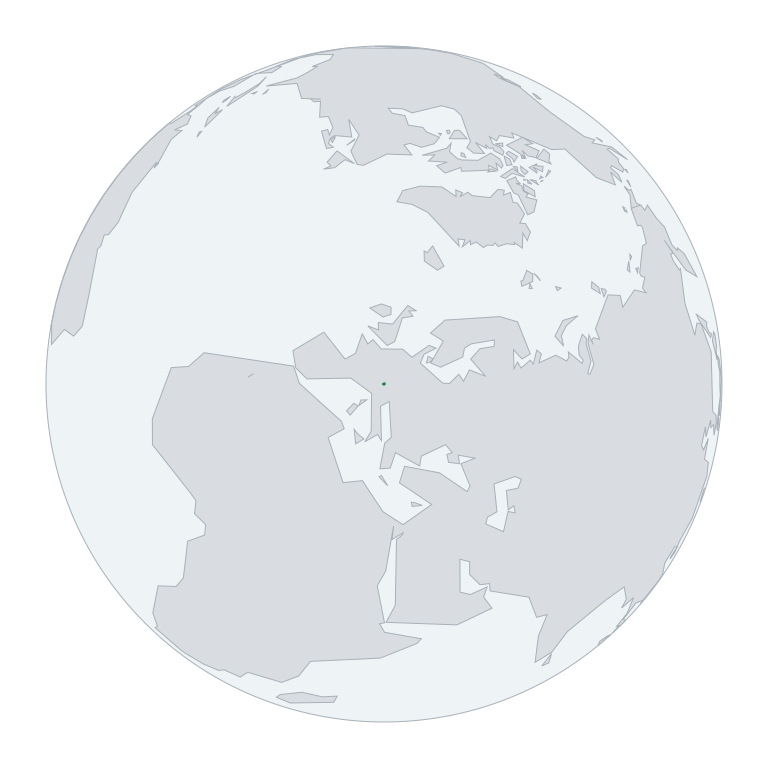 Glarus on an orthographic globe, rotated 51°
{"feature_id": "CHE-169", "entity_name": "Glarus", "entity_type": "Canton", "adm_level": 1, "iso_a3": "CHE", "parent_name": "Switzerland", "parent_adm1": "", "projection": "orthographic", "projection_center": [9.033, 46.988], "detail": "fine", "context": "on_globe", "style": "filled", "palette": "green", "viewbox_px": 768, "rotation_deg": 51, "n_neighbors": 0, "source": "natural_earth", "source_scale": "10m", "svg_char_len": 10908}
<svg xmlns="http://www.w3.org/2000/svg" viewBox="0 0 768 768"><g transform="rotate(51 384 384)"><circle cx="384" cy="384" r="338" fill="#eef3f6" stroke="#a8b0b8"/><path d="M98.3,203.5L101.8,198.3L145.4,145.7L115.6,178.7L134.7,155.9L136.3,154.2L135.6,155.0L155.8,135.6L169.9,123.3L196.9,105.3L221.2,98.3L212.0,103.4L218.9,101.8L230.8,95.7L237.0,92.1L276.9,83.9L317.5,72.7L326.9,66.5L327.6,70.5L343.0,58.0L362.8,53.6L342.5,60.5L342.0,62.8L356.5,60.2L359.2,62.1L367.7,62.3L369.6,65.1L357.6,69.7L358.5,71.9L368.7,70.0L377.1,72.3L361.9,74.5L374.9,78.9L357.2,89.1L315.2,95.6L307.3,106.2L269.2,126.7L274.6,128.2L263.6,137.9L265.8,143.5L258.1,146.4L266.5,148.4L273.1,144.8L279.0,144.6L280.9,147.8L271.4,151.8L269.1,150.8L267.3,153.7L261.7,154.5L265.6,155.9L253.9,160.9L268.1,160.8L261.1,168.9L252.6,170.9L250.0,164.3L224.0,155.0L214.7,156.3L204.0,164.1L190.9,191.6L182.0,196.2L172.3,207.2L178.8,207.2L188.6,198.8L198.2,202.2L209.1,192.3L214.6,192.5L227.2,185.6L228.9,193.8L223.7,205.9L213.4,212.3L210.8,218.0L223.5,218.2L207.1,237.1L201.2,262.2L196.5,266.7L182.2,263.2L174.8,246.6L156.2,244.9L171.8,253.6L159.9,266.0L159.4,271.6L162.2,275.8L168.1,274.3L164.8,280.5L148.1,273.4L150.8,267.6L156.1,269.7L152.5,262.3L141.2,258.9L136.1,266.1L124.4,255.5L120.6,260.7L115.9,261.8L122.8,253.9L110.2,268.3L95.7,262.4L78.3,288.1L91.5,258.7L93.8,247.2L95.1,236.1L92.1,240.0L97.9,221.9L96.1,216.0L85.2,229.6L75.0,249.3L69.5,267.1L72.7,264.1L71.5,275.0L62.1,288.0L58.3,313.1L52.8,327.6L50.3,342.7L50.9,351.4L50.8,367.0L54.2,365.3L58.3,373.0L54.7,387.0L59.8,381.6L60.0,395.5L70.2,420.5L68.5,421.7L76.5,459.3L91.1,489.0L94.5,504.2L92.1,507.6L98.5,517.1L98.7,521.3L129.2,557.4L149.2,582.1L151.5,595.1L140.5,598.1L144.0,617.5L127.8,604.1L130.1,607.0L115.0,588.5L101.2,568.9L88.8,548.4L77.9,527.1L68.5,505.0L60.7,482.4L54.6,459.2L50.1,435.7L47.2,411.9L46.1,388.0L47.6,385.0L50.0,362.5L50.3,354.2L48.8,355.4L52.3,324.3L57.3,303.7L80.9,234.7L98.3,203.5ZM73.2,294.9L69.3,331.5L66.7,318.7L68.0,319.3L70.0,308.2L72.1,292.0L71.2,282.0L73.2,294.9ZM82.3,293.0L82.5,287.8L82.9,291.9L82.3,293.0ZM239.3,90.4L230.8,95.5L219.1,100.6L225.8,96.1L239.3,90.4ZM262.0,82.6L258.8,85.0L251.4,85.5L255.5,83.9L262.0,82.6ZM333.0,62.1L325.6,64.0L331.9,61.6L333.0,62.1ZM368.6,61.9L369.8,60.8L373.7,61.4L368.6,61.9ZM225.5,181.7L226.3,183.6L223.5,183.8L225.5,181.7ZM230.1,177.0L226.3,175.9L227.9,173.6L230.3,174.3L230.1,177.0ZM380.1,66.4L386.0,68.1L378.0,67.1L380.1,66.4ZM234.4,178.9L231.3,169.6L234.3,165.6L245.7,165.1L234.4,178.9ZM388.0,69.5L402.4,74.1L406.4,71.9L403.0,81.3L392.0,73.9L381.4,72.9L387.8,71.7L388.0,69.5ZM274.4,142.3L267.4,146.3L271.5,140.2L274.4,142.3ZM275.5,138.5L279.5,121.1L290.8,117.2L287.1,123.6L300.3,116.7L303.8,123.3L297.4,128.6L289.4,129.6L296.8,131.4L275.5,138.5ZM398.9,86.0L400.5,88.1L396.5,86.9L398.9,86.0ZM281.7,144.1L281.5,140.7L291.2,137.0L293.3,143.2L289.5,142.3L281.7,144.1ZM302.0,111.9L309.6,110.6L314.5,115.4L318.1,115.7L304.8,123.2L302.0,111.9ZM288.3,144.8L294.2,146.5L291.3,151.2L282.5,147.2L288.3,144.8ZM292.8,133.6L297.5,132.2L295.6,134.9L292.8,133.6ZM284.6,169.8L284.1,165.3L289.1,162.9L284.6,169.8ZM296.6,146.8L297.5,145.2L299.5,143.9L302.7,146.0L296.6,146.8ZM309.2,126.3L309.7,128.7L314.9,123.4L318.8,127.2L309.2,131.7L315.0,131.3L316.2,132.5L307.0,134.9L309.2,126.3ZM311.7,144.3L300.9,151.9L300.6,160.4L296.1,162.7L297.4,148.7L311.7,144.3ZM309.8,138.5L310.0,142.6L304.3,143.1L300.7,140.7L309.8,138.5ZM324.9,128.3L321.4,121.3L323.6,120.6L324.9,128.3ZM312.8,146.6L315.4,144.8L313.4,147.2L312.8,146.6ZM322.5,133.7L320.9,131.2L323.5,130.5L322.5,133.7ZM321.9,143.3L318.3,145.7L315.8,144.0L321.9,143.3ZM323.0,138.8L326.9,138.5L316.9,142.0L321.9,137.8L323.0,138.8ZM325.1,133.4L326.2,132.2L325.4,134.6L325.1,133.4ZM333.7,148.7L321.7,153.6L316.0,149.7L328.4,145.4L333.7,148.7ZM721.2,361.9L721.2,362.7L719.7,353.5L718.8,355.7L715.2,339.4L707.1,324.6L707.6,340.4L703.9,331.2L692.8,325.0L691.5,347.6L691.8,397.1L698.0,422.4L695.4,441.7L677.2,422.8L665.9,402.4L661.3,412.2L640.9,405.5L611.5,431.8L605.6,427.5L600.4,435.7L585.8,437.3L576.0,429.3L568.0,435.3L593.6,455.9L602.0,449.3L606.6,431.5L612.3,440.7L626.2,441.1L617.1,478.9L570.5,532.4L563.1,514.5L512.8,472.2L512.8,464.7L512.4,464.0L511.6,462.7L510.0,475.6L500.4,466.0L530.3,500.2L536.6,516.3L569.9,533.9L567.5,538.4L577.4,539.8L605.5,515.3L606.3,521.9L594.7,559.3L553.3,615.7L557.2,634.1L551.5,651.3L522.2,671.4L521.3,680.2L505.6,688.1L502.3,692.9L487.8,700.6L464.8,709.0L429.4,715.2L429.9,712.6L416.4,707.7L398.7,686.6L410.5,673.0L408.5,662.0L382.6,635.5L388.5,618.4L380.9,611.0L365.6,612.9L356.4,603.6L346.9,603.0L285.4,602.1L265.2,585.9L237.4,539.0L247.4,524.9L246.5,504.1L313.2,443.0L330.3,449.4L386.2,440.6L393.7,443.1L390.4,461.1L434.9,477.9L445.5,461.6L482.6,465.2L505.3,457.8L507.6,422.8L470.5,434.2L460.9,419.8L488.0,396.8L520.0,387.1L517.3,381.3L494.4,374.4L499.0,359.8L486.1,371.0L493.4,375.6L485.5,383.1L478.4,379.5L480.3,374.2L469.9,374.3L463.5,400.4L470.2,407.9L444.6,418.3L453.3,432.1L447.3,440.6L430.4,420.6L430.0,411.9L400.9,390.9L399.1,400.7L426.4,421.6L419.1,420.8L416.8,435.4L412.7,423.7L383.4,399.5L358.5,406.1L331.5,440.7L315.9,442.4L300.8,433.8L305.9,398.1L340.1,398.6L342.3,387.0L331.4,369.4L342.7,371.4L342.5,364.6L355.0,364.1L368.7,347.6L380.8,345.5L382.4,324.6L388.9,321.0L386.1,334.1L390.6,342.6L420.3,337.8L424.9,332.6L423.5,319.7L431.9,320.5L426.8,308.7L442.0,300.2L419.2,301.0L417.0,287.1L424.1,274.7L419.3,270.5L407.7,290.9L406.8,299.0L412.6,305.7L406.5,329.5L397.1,334.5L388.0,310.9L373.7,315.8L372.8,296.3L404.5,251.6L419.7,241.1L452.7,251.4L451.4,261.0L438.8,261.8L453.9,273.3L451.0,266.4L457.9,267.4L457.6,255.3L462.5,255.5L453.8,243.9L459.7,242.8L465.1,250.2L469.7,232.4L481.1,227.5L479.7,223.5L475.1,220.6L492.6,217.0L490.9,214.2L484.5,214.2L476.8,209.0L470.1,198.6L476.6,197.9L479.8,201.5L496.4,208.6L504.1,219.1L506.1,217.8L500.9,208.6L480.7,199.8L474.9,193.9L484.7,196.6L480.7,195.1L479.8,192.0L484.9,188.4L474.2,184.9L455.7,153.9L463.8,144.7L474.6,150.1L468.5,130.1L478.0,122.9L472.1,122.8L465.2,114.1L462.1,116.2L458.7,115.5L439.4,96.1L439.9,91.6L424.9,84.6L421.8,84.7L420.7,87.5L403.0,81.3L406.4,71.9L413.2,72.0L410.7,66.7L426.5,68.0L438.4,67.2L457.0,72.7L464.8,72.1L462.9,70.2L472.1,68.7L497.4,73.3L485.2,77.8L448.7,75.8L464.3,76.9L463.3,79.4L470.4,81.7L481.2,82.7L480.9,81.0L510.8,99.4L541.7,111.7L533.5,102.5L536.9,99.8L564.9,109.5L612.3,145.9L617.4,145.7L623.3,150.2L631.5,159.8L623.0,153.4L623.6,157.5L617.6,152.8L627.8,167.1L619.6,161.2L631.6,175.9L636.3,177.1L630.3,166.2L644.2,182.4L648.9,181.2L658.8,191.1L682.2,228.7L692.0,253.0L694.6,258.0L693.6,260.9L699.8,278.4L707.4,287.5L709.7,294.7L716.2,323.5L715.0,318.7L712.7,326.1L717.5,346.2L719.6,345.0L720.1,348.9L721.2,361.9ZM294.0,479.0L293.0,485.4L293.0,485.5L294.0,479.0ZM556.7,393.0L574.0,384.1L561.1,367.8L566.7,363.2L560.3,359.7L560.1,366.7L543.7,355.9L549.3,345.4L544.6,337.3L538.5,340.1L530.9,361.4L554.4,376.6L552.6,387.4L556.7,393.0ZM70.7,421.1L71.5,426.9L69.5,422.9L70.7,421.1ZM63.8,322.3L64.2,327.9L63.5,332.7L62.8,329.4L63.8,322.3ZM72.9,366.9L74.5,374.1L71.8,369.0L72.9,366.9ZM69.2,336.9L71.5,361.7L66.4,353.4L65.3,338.0L67.5,345.3L69.2,336.9ZM77.0,298.2L76.7,302.5L75.1,303.9L77.0,298.2ZM82.5,296.1L82.3,295.0L83.5,291.4L82.5,296.1ZM160.9,266.4L162.1,267.2L163.8,272.3L160.7,271.6L160.9,266.4ZM184.9,286.1L179.0,295.7L181.1,288.1L175.7,288.6L173.3,273.8L194.1,268.3L185.1,273.2L184.9,286.1ZM175.9,253.5L175.0,262.8L175.1,252.8L175.9,253.5ZM328.8,330.2L334.3,334.8L331.3,342.6L316.0,347.2L320.1,335.7L328.8,330.2ZM342.8,339.7L338.0,316.1L347.3,312.9L342.9,318.6L349.6,318.9L344.2,328.1L357.8,348.9L356.1,357.3L328.7,360.0L338.6,354.2L332.6,349.8L342.8,339.7ZM309.2,267.8L307.3,259.3L330.1,263.2L329.3,270.8L313.9,275.3L305.8,269.1L309.2,267.8ZM255.0,180.6L252.8,178.3L255.4,177.0L259.5,177.9L255.0,180.6ZM283.9,167.9L267.5,189.8L264.1,188.1L258.5,203.8L247.5,205.7L251.4,195.3L238.7,209.0L237.9,200.3L230.3,210.3L240.3,186.9L239.0,180.3L244.7,186.8L254.9,185.2L258.9,182.5L269.4,170.1L271.7,155.7L282.2,152.4L289.0,153.9L290.1,156.8L282.9,157.9L289.5,161.1L279.9,165.0L283.9,167.9ZM362.7,182.5L354.0,181.0L365.5,191.0L356.0,193.7L357.9,194.7L352.3,200.2L348.9,208.8L344.1,208.9L344.8,212.2L341.1,216.2L340.5,220.9L331.7,223.0L330.2,229.1L326.9,226.7L326.7,236.8L322.9,230.3L317.8,235.2L324.2,238.9L278.3,241.9L262.0,249.2L250.5,259.3L245.5,247.7L253.1,231.2L267.3,215.0L283.7,210.0L278.4,206.1L284.7,202.6L286.2,207.2L287.7,198.2L293.3,196.8L305.9,184.3L304.5,173.1L309.1,168.6L312.4,172.3L314.6,165.3L324.0,169.4L327.5,166.4L340.2,167.8L344.6,177.2L348.1,173.2L358.0,174.5L362.7,182.5ZM337.2,149.4L344.6,159.2L343.0,165.8L321.6,160.7L317.1,162.9L303.3,160.6L305.8,151.3L309.5,152.7L313.7,152.0L311.3,155.2L316.4,152.2L321.7,154.2L327.1,152.5L328.0,156.0L337.2,149.4ZM400.4,435.7L405.8,435.9L414.0,434.2L412.7,443.7L400.4,435.7ZM380.1,419.5L384.8,418.0L386.9,429.9L381.2,429.9L380.1,419.5ZM385.5,407.4L384.9,417.0L381.9,411.9L385.5,407.4ZM390.2,332.3L395.0,330.2L396.2,333.1L394.4,337.9L390.2,332.3ZM394.8,215.4L390.1,212.9L391.1,211.0L385.5,201.6L392.1,199.2L398.0,204.0L394.8,215.4ZM502.4,430.7L496.9,439.1L493.0,437.2L495.7,434.7L502.4,430.7ZM453.5,443.6L465.5,445.2L453.0,446.2L453.5,443.6ZM401.1,211.2L398.0,207.6L403.2,208.7L401.1,211.2ZM396.6,197.1L402.4,197.4L392.2,197.9L396.6,197.1ZM599.8,623.3L572.9,657.6L559.7,664.8L560.1,659.9L572.0,641.7L588.3,628.8L597.1,616.8L599.8,623.3ZM721.9,382.5L719.7,378.0L720.4,369.6L721.4,365.5L721.9,382.5ZM699.0,423.5L704.4,431.4L702.4,438.8L699.0,423.5ZM697.9,264.3L699.9,271.7L698.3,268.7L694.7,257.6L697.9,264.3ZM666.3,200.2L672.6,208.8L675.1,213.0L673.0,210.4L666.3,200.2ZM453.0,190.3L453.4,205.5L458.1,215.9L467.6,220.5L454.4,221.1L447.2,205.0L453.0,190.3ZM454.7,158.2L446.4,155.0L449.7,152.6L452.1,153.0L454.7,158.2ZM449.9,159.0L440.2,162.4L435.3,158.2L443.9,156.3L449.9,159.0ZM420.9,186.0L420.5,190.5L416.3,189.3L420.9,186.0ZM619.8,143.2L616.4,140.8L611.4,135.5L615.1,138.7L619.8,143.2ZM591.9,118.2L608.9,133.4L622.0,146.9L621.4,145.4L630.5,154.1L627.7,153.0L613.4,139.0L604.7,130.0L596.7,124.1L586.2,115.6L578.2,111.3L571.4,106.8L576.0,108.1L591.9,118.2ZM575.0,110.0L557.2,101.6L550.9,95.1L553.4,95.5L564.2,101.9L566.9,104.8L575.0,110.0ZM551.1,97.9L553.5,100.9L532.5,99.1L526.5,97.3L539.1,94.2L542.1,97.0L548.4,98.9L551.1,97.9ZM403.6,87.2L400.8,88.0L401.4,86.1L403.6,87.2ZM457.2,116.9L452.7,115.7L453.5,113.2L457.2,116.9ZM440.7,111.3L442.9,114.9L437.9,111.3L440.7,111.3ZM448.2,123.1L442.5,116.4L451.8,122.4L448.2,123.1Z" fill="#d9dde1" stroke="#a8b0b8" stroke-width="1"/><path d="M383.6,384.4L383.7,384.2L383.5,383.8L383.4,383.8L383.4,383.7L383.5,383.7L383.7,383.4L383.7,383.2L383.8,382.9L384.1,383.1L384.6,383.2L384.6,383.5L384.4,383.7L384.5,383.7L384.7,383.8L384.8,383.9L384.8,384.0L384.8,384.3L384.7,384.5L384.3,384.7L384.2,384.7L384.0,384.8L383.9,384.9L383.9,385.0L383.6,385.1L383.4,385.0L383.3,384.9L383.5,384.8L383.5,384.7L383.6,384.4Z" fill="#22c55e" stroke="#15803d" stroke-width="1.5"/></g></svg>